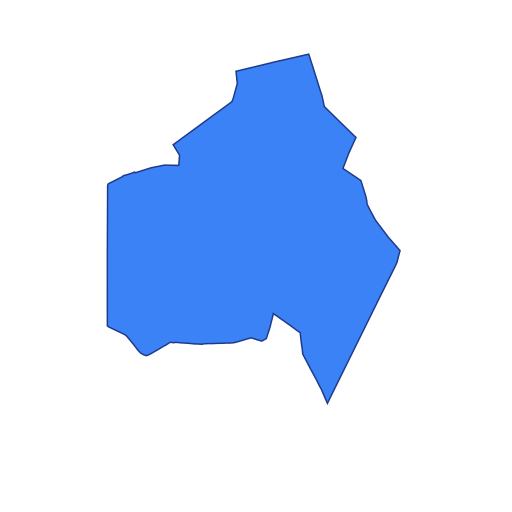 outline of Macea, Arad, Romania, rotated 234°
{"feature_id": "2599482B60932360253726", "entity_name": "Macea", "entity_type": "district", "adm_level": 2, "iso_a3": "ROU", "parent_name": "Romania", "parent_adm1": "Arad", "projection": "robinson", "projection_center": [21.316, 46.4], "detail": "fine", "context": "isolated", "style": "filled", "palette": "blue", "viewbox_px": 512, "rotation_deg": 234, "n_neighbors": 0, "source": "geoboundaries", "source_scale": "gbopen_adm2", "svg_char_len": 1858}
<svg xmlns="http://www.w3.org/2000/svg" viewBox="0 0 512 512"><g transform="rotate(234 256 256)"><path d="M347.2,403.7L352.3,405.3L355.2,406.3L374.3,412.7L388.3,417.3L401.6,386.2L403.2,382.3L417.2,348.4L406.5,342.2L396.6,329.8L395.0,327.1L394.9,296.8L394.7,254.4L382.5,253.4L374.7,246.8L383.4,235.3L389.1,222.8L390.9,217.4L394.3,207.2L395.3,207.1L396.1,203.9L397.3,200.3L398.9,196.0L398.8,193.8L400.5,183.3L400.9,181.2L401.2,179.0L400.9,178.4L400.8,178.2L400.4,177.5L350.6,141.0L349.4,140.1L286.9,94.7L285.7,94.9L275.9,100.2L271.5,102.6L268.6,104.0L267.0,104.3L257.3,104.9L251.9,105.1L250.3,105.2L250.1,105.0L245.4,105.6L242.6,106.8L240.0,108.5L239.6,109.4L239.3,110.3L238.7,114.0L238.4,117.0L238.1,119.7L237.7,123.5L237.4,127.8L236.9,131.0L236.7,135.3L236.1,136.6L234.7,137.8L234.4,138.3L233.0,140.7L230.0,144.1L226.7,148.1L223.6,151.7L221.1,154.5L218.7,157.6L216.3,160.5L215.7,162.1L213.2,165.9L210.6,169.5L208.4,172.9L206.8,175.2L204.6,178.4L203.1,180.7L201.0,183.6L198.9,187.0L198.2,188.7L197.5,190.5L195.7,195.5L194.4,199.3L192.6,204.0L190.1,205.9L187.9,207.4L186.8,208.3L184.3,210.2L183.7,210.9L183.2,215.3L183.1,215.8L185.1,218.5L187.6,222.0L190.1,225.4L192.3,228.0L194.5,230.6L197.2,233.9L199.3,236.2L197.7,236.7L194.9,237.7L190.4,239.2L186.2,240.7L180.5,242.6L174.8,244.4L171.3,245.5L168.0,246.7L167.7,246.5L163.3,244.0L158.7,241.4L153.9,238.9L149.2,236.2L144.8,235.5L140.2,234.9L135.8,234.2L131.6,233.6L126.3,232.9L120.9,232.2L117.9,231.7L113.8,231.0L109.7,230.5L104.9,229.4L100.1,228.3L94.8,227.2L96.1,229.6L97.7,232.6L131.7,297.3L150.9,333.8L166.0,362.8L168.1,366.5L171.5,370.5L175.7,375.7L193.2,374.1L214.6,373.7L226.5,375.3L232.8,376.4L235.6,378.1L240.0,380.0L255.3,385.2L259.9,383.6L275.7,377.8L284.5,391.3L293.2,406.6L295.6,406.1L313.5,403.0L336.7,399.1L344.4,402.5L347.2,403.7Z" fill="#3b82f6" stroke="#1e3a8a" stroke-width="1.5"/></g></svg>